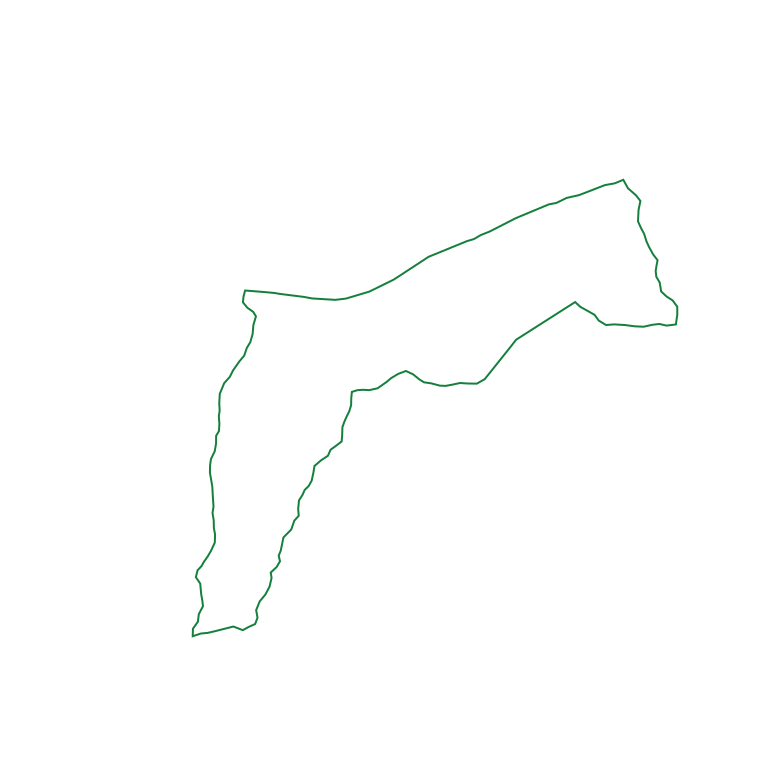 the district of Rubinéia, São Paulo, Brazil, rotated 45°
{"feature_id": "56859067B49644953402614", "entity_name": "Rubinéia", "entity_type": "district", "adm_level": 2, "iso_a3": "BRA", "parent_name": "Brazil", "parent_adm1": "São Paulo", "projection": "orthographic", "projection_center": [-51.01, -20.263], "detail": "fine", "context": "isolated", "style": "outline", "palette": "green", "viewbox_px": 768, "rotation_deg": 45, "n_neighbors": 0, "source": "geoboundaries", "source_scale": "gbopen_adm2", "svg_char_len": 2217}
<svg xmlns="http://www.w3.org/2000/svg" viewBox="0 0 768 768"><g transform="rotate(45 384 384)"><path d="M462.6,644.8L459.8,638.7L453.5,634.3L449.8,625.5L449.0,616.7L446.3,608.1L441.6,600.6L437.2,597.4L437.5,589.4L435.8,582.9L430.9,579.8L428.8,574.8L425.7,570.1L421.4,563.6L421.3,552.5L417.2,544.0L416.9,537.5L411.6,533.0L406.2,526.4L404.8,520.1L402.8,514.9L402.9,509.4L401.2,503.5L397.1,497.1L392.8,491.1L393.5,482.3L395.1,474.4L392.7,468.3L393.8,461.3L394.7,454.6L391.1,450.3L385.1,443.9L382.5,438.4L380.6,433.4L378.7,427.8L375.7,422.2L370.7,417.0L366.9,412.3L369.4,407.4L373.3,402.9L377.9,398.8L382.5,391.5L384.4,380.6L384.9,374.7L386.9,366.8L390.3,359.3L397.7,356.6L406.0,355.7L411.1,354.5L417.0,350.1L424.6,345.7L428.8,341.9L432.6,336.4L437.0,329.6L442.8,324.5L449.4,318.1L451.8,309.3L447.1,267.2L446.1,259.3L461.2,190.9L468.4,190.6L476.4,188.3L484.1,186.2L491.0,187.3L499.3,185.3L504.5,179.2L512.7,171.9L520.4,166.0L527.1,159.9L531.8,152.5L536.2,146.9L542.5,142.9L548.3,135.5L542.2,127.4L536.7,122.0L529.0,120.8L522.1,122.3L514.6,122.6L507.2,117.3L500.7,115.6L496.2,112.0L493.0,107.6L489.9,103.0L482.8,102.1L474.5,99.7L468.4,97.4L461.8,93.9L455.5,92.0L448.6,89.4L440.9,80.9L435.9,73.3L428.8,72.4L418.1,73.1L408.8,70.4L405.3,78.9L399.6,87.1L388.3,112.6L381.5,123.4L377.9,134.0L373.5,140.5L359.9,173.6L350.9,201.5L347.1,210.3L345.1,217.9L341.5,224.6L325.6,262.5L317.1,303.2L308.3,329.0L296.7,350.5L290.1,358.9L272.7,374.3L265.6,379.2L246.7,393.9L242.3,397.0L234.0,403.9L219.7,416.1L222.8,421.5L226.5,426.0L233.4,426.7L240.6,425.5L245.6,426.7L249.9,434.6L255.8,441.6L259.9,449.0L261.5,455.5L265.1,462.8L265.7,470.0L267.6,480.9L269.9,487.9L270.4,496.4L274.8,507.0L281.1,514.1L286.6,519.0L289.8,523.4L295.7,528.5L300.6,534.0L301.9,539.3L307.3,544.8L311.9,551.3L314.7,559.4L318.2,564.1L323.5,569.7L328.6,573.3L335.2,578.0L344.0,585.9L350.1,591.2L354.0,596.5L360.0,600.8L365.5,606.1L371.0,609.9L376.5,615.8L379.6,624.2L381.2,630.2L382.3,636.6L383.7,641.8L383.9,647.5L387.5,653.6L395.2,655.1L403.5,662.0L408.4,665.4L413.1,669.1L415.8,677.7L420.5,683.7L421.9,692.1L427.1,697.6L430.9,690.0L435.3,684.7L439.1,678.6L449.0,662.0L458.2,657.9L460.1,651.5L462.6,644.8Z" fill="none" stroke="#15803d" stroke-width="2"/></g></svg>